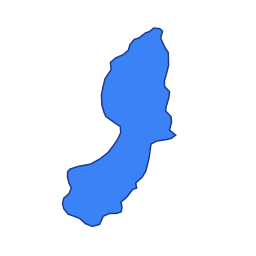 Alingsås, Västra Götaland, Sweden, rotated 194°
{"feature_id": "70781695B65957957058719", "entity_name": "Alingsås", "entity_type": "district", "adm_level": 2, "iso_a3": "SWE", "parent_name": "Sweden", "parent_adm1": "Västra Götaland", "projection": "mercator", "projection_center": [12.579, 57.995], "detail": "fine", "context": "isolated", "style": "filled", "palette": "blue", "viewbox_px": 256, "rotation_deg": 194, "n_neighbors": 0, "source": "geoboundaries", "source_scale": "gbopen_adm2", "svg_char_len": 1098}
<svg xmlns="http://www.w3.org/2000/svg" viewBox="0 0 256 256"><g transform="rotate(194 128 128)"><path d="M160.9,187.5L158.5,180.4L162.2,170.3L162.2,161.7L161.7,153.3L158.8,143.7L155.3,137.8L152.4,133.9L147.0,131.7L140.6,129.2L135.9,127.7L133.9,121.6L135.4,114.2L137.9,107.5L141.3,99.7L147.2,91.8L155.6,83.9L166.9,78.8L174.3,74.1L176.0,71.1L175.6,69.1L175.0,66.2L172.1,60.5L168.4,55.9L169.4,50.0L173.3,44.5L173.3,38.9L170.6,34.0L165.4,30.0L158.8,29.3L153.1,28.6L146.2,24.9L138.8,23.9L133.1,27.1L132.2,27.6L130.7,36.4L125.3,40.6L118.7,42.3L114.5,44.8L114.5,49.2L116.9,54.6L113.0,59.6L111.0,64.0L108.6,69.6L105.1,71.8L107.2,76.4L102.2,84.1L100.3,90.7L100.3,104.1L101.8,118.0L97.2,122.2L88.0,126.0L83.6,128.3L80.0,132.6L87.2,136.0L87.2,144.5L89.1,149.5L95.7,153.7L96.1,158.0L95.7,167.2L96.5,173.3L102.6,177.2L104.1,182.6L103.8,190.3L103.8,198.7L107.2,211.0L111.1,214.5L118.0,222.9L118.0,230.4L121.2,232.1L127.3,231.2L130.3,226.9L134.0,224.5L139.1,218.1L143.4,215.4L146.2,209.6L146.5,203.5L150.4,198.0L156.8,193.1L159.6,189.2L160.9,187.5Z" fill="#3b82f6" stroke="#1e3a8a" stroke-width="1.5"/></g></svg>